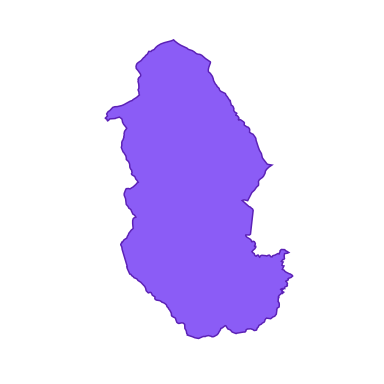 Alexandru Cel Bun, Neamt, Romania (Natural Earth projection), rotated 163°
{"feature_id": "2599482B4388035429906", "entity_name": "Alexandru Cel Bun", "entity_type": "district", "adm_level": 2, "iso_a3": "ROU", "parent_name": "Romania", "parent_adm1": "Neamt", "projection": "natural_earth1", "projection_center": [26.258, 46.915], "detail": "fine", "context": "isolated", "style": "filled", "palette": "violet", "viewbox_px": 384, "rotation_deg": 163, "n_neighbors": 0, "source": "geoboundaries", "source_scale": "gbopen_adm2", "svg_char_len": 6015}
<svg xmlns="http://www.w3.org/2000/svg" viewBox="0 0 384 384"><g transform="rotate(163 192 192)"><path d="M240.8,296.1L243.0,296.1L247.0,293.8L248.4,293.5L249.1,293.1L250.8,291.6L250.6,289.4L253.3,288.0L253.2,287.6L252.3,286.7L252.1,286.3L252.1,285.1L251.9,284.7L250.9,284.9L249.7,285.7L249.0,285.9L243.9,284.7L243.1,284.9L239.5,284.8L237.8,282.5L237.7,281.4L238.0,279.1L237.6,276.8L235.8,272.3L235.8,272.0L238.7,269.8L239.9,267.7L240.1,266.5L241.0,265.0L241.2,264.0L241.7,263.6L242.6,262.2L243.6,261.4L244.6,260.1L245.5,257.1L246.6,255.2L246.2,250.5L245.7,249.6L244.7,245.9L244.9,243.6L245.2,242.9L245.3,242.2L244.0,240.0L243.7,239.1L243.5,237.0L244.2,233.8L244.1,232.7L243.8,231.3L243.3,230.4L243.6,229.7L243.6,228.1L244.6,227.1L244.6,226.7L244.3,225.9L242.5,223.9L242.1,222.9L242.0,220.9L241.1,218.9L240.6,217.0L241.9,216.7L243.3,215.7L246.7,214.1L250.4,213.1L251.9,214.0L253.9,214.4L254.8,213.6L257.0,210.8L257.5,209.9L257.8,208.5L257.5,205.1L258.5,199.3L257.4,196.9L257.1,195.0L256.0,193.7L255.5,192.6L255.5,191.7L255.0,188.1L254.2,187.3L253.7,186.6L253.0,184.4L255.3,184.1L256.0,183.7L256.6,182.8L257.1,182.0L258.0,179.1L258.9,174.5L259.3,174.1L261.1,173.4L264.5,171.0L265.5,169.6L266.7,168.6L267.9,167.0L270.9,166.2L273.5,164.2L273.7,164.5L274.0,164.2L275.4,162.8L275.6,162.3L275.2,160.1L275.6,157.3L275.7,140.5L275.9,139.3L276.2,139.4L276.3,138.1L275.5,131.7L274.6,131.3L274.0,129.5L273.0,128.3L272.5,127.0L270.4,125.3L270.0,124.7L269.5,123.2L267.3,120.6L264.8,115.5L264.5,113.5L264.7,111.0L263.9,109.4L263.3,108.3L261.3,108.3L260.6,107.8L260.3,106.6L260.1,104.9L258.1,102.6L258.7,100.9L258.5,99.9L257.4,98.9L255.1,97.8L254.3,97.3L253.3,96.1L253.0,95.4L251.8,94.6L250.7,93.5L249.5,91.7L249.4,89.6L248.5,88.1L248.6,87.4L247.8,85.4L247.2,82.3L247.4,81.7L247.3,81.4L247.7,80.3L247.6,79.5L247.5,79.1L246.9,78.7L246.6,78.0L245.6,77.2L244.7,76.1L244.8,74.6L244.6,71.8L244.0,70.9L243.0,70.1L240.1,69.9L238.8,69.3L237.7,67.6L238.7,63.6L238.1,61.1L238.4,58.0L237.9,56.8L238.2,56.5L233.8,53.4L231.9,51.8L228.5,50.0L224.2,50.5L223.4,50.5L221.4,49.9L220.6,50.1L218.3,49.9L215.8,48.4L215.5,47.9L214.3,47.4L213.0,47.4L209.8,48.1L208.3,49.0L206.6,50.7L205.0,52.0L204.4,53.1L202.7,53.2L199.4,54.5L198.8,54.2L197.8,50.6L195.6,48.8L194.6,46.4L191.2,43.7L190.5,43.9L183.7,43.0L182.2,42.6L181.0,43.4L180.8,44.2L179.2,44.8L175.8,44.0L173.7,42.4L173.2,41.5L172.5,41.2L170.7,41.1L169.3,42.9L168.0,43.6L167.0,44.9L164.2,45.4L163.3,46.0L161.0,46.5L160.1,47.4L159.6,48.4L158.4,49.3L157.6,49.6L153.8,47.8L151.3,48.8L149.2,49.0L147.1,50.5L145.4,54.2L145.5,54.7L144.9,55.2L144.5,56.0L142.3,56.6L141.5,58.6L141.1,60.4L141.5,61.1L141.4,61.8L141.7,62.2L141.4,62.7L140.7,64.8L139.8,65.6L140.2,66.3L139.6,67.1L139.1,67.1L138.8,67.7L136.9,68.5L135.7,68.9L135.1,68.5L134.7,68.9L133.5,69.4L133.6,69.6L133.8,69.7L134.9,69.3L135.2,69.7L135.2,69.9L134.8,70.0L134.6,70.9L134.9,71.1L135.0,72.4L135.6,72.7L135.7,73.0L134.7,73.2L134.9,72.4L134.6,72.3L134.3,72.8L134.0,72.9L134.1,72.3L133.7,72.2L132.6,72.8L131.7,72.6L131.9,73.1L131.1,73.9L128.4,74.3L128.2,74.5L128.3,75.5L127.7,76.0L127.5,76.4L127.8,78.2L128.4,79.0L128.4,79.3L125.7,79.8L125.5,80.1L125.6,80.8L125.0,81.2L122.3,81.3L120.3,82.2L120.4,82.9L121.9,84.8L122.9,85.4L125.4,87.8L126.4,89.0L126.7,90.2L128.3,91.6L125.7,94.4L126.5,94.8L127.4,95.5L126.7,97.0L125.3,98.4L126.6,99.2L126.9,99.6L124.7,100.9L124.0,100.6L123.0,101.3L122.8,103.2L122.5,103.6L122.5,104.2L121.5,106.0L118.7,105.6L117.1,105.8L118.8,107.8L119.6,108.4L120.2,109.8L123.3,110.9L123.9,110.7L125.0,110.0L125.0,109.5L126.3,108.1L126.6,107.3L126.9,107.3L127.8,108.0L128.2,108.0L131.1,107.4L133.2,107.5L133.8,107.3L134.1,106.7L134.5,106.6L135.7,107.1L136.1,108.5L136.6,109.1L137.8,109.2L139.2,108.9L140.0,109.5L143.5,111.0L144.2,111.1L145.2,110.9L146.1,110.0L146.4,109.9L147.2,112.4L148.0,112.5L149.4,111.9L150.1,112.4L150.6,113.8L150.5,114.9L151.6,116.2L152.1,117.4L150.3,118.6L148.6,119.3L147.1,120.6L146.9,121.5L147.2,121.7L148.0,121.7L148.1,122.1L146.9,123.3L146.5,124.1L146.5,124.5L146.9,126.2L147.5,126.8L148.7,127.1L148.8,126.9L149.5,127.1L149.6,128.9L150.0,129.7L152.8,132.9L153.2,133.8L153.4,134.6L153.0,135.2L149.6,134.1L148.4,134.6L138.9,156.5L139.0,157.8L139.2,158.3L139.8,159.0L140.6,160.5L141.8,161.5L146.5,169.2L144.9,169.3L144.1,169.1L141.3,167.4L134.9,174.0L131.6,175.6L129.0,177.7L126.5,178.9L125.9,180.3L125.4,182.6L124.3,183.8L122.9,184.5L120.5,185.3L119.0,186.2L116.8,188.4L115.6,190.6L114.1,191.8L111.2,193.3L107.7,194.4L111.1,196.1L112.0,196.8L114.3,202.9L114.7,204.3L114.4,208.5L115.3,212.3L115.5,216.0L115.6,222.7L115.3,224.4L115.4,225.4L116.7,229.3L118.4,230.9L119.5,232.3L118.6,234.7L118.6,236.0L119.4,237.6L120.6,238.4L122.4,240.6L122.4,241.2L121.7,242.8L122.0,243.8L124.2,246.6L124.9,247.2L126.2,247.1L126.4,247.4L126.4,248.1L125.8,248.4L125.5,249.1L125.7,250.2L126.5,251.8L127.6,252.6L127.0,253.6L126.2,254.0L126.2,254.3L127.7,255.9L128.3,257.9L127.6,259.3L127.6,260.2L127.7,261.6L128.1,262.6L129.1,263.7L128.9,264.5L129.0,266.0L128.8,266.9L129.1,267.9L128.7,268.4L129.4,269.1L130.4,272.9L131.1,274.3L131.3,276.3L131.6,276.7L135.0,279.9L135.6,280.9L135.8,281.6L135.8,283.2L136.2,284.0L137.2,285.6L137.2,286.6L138.1,288.5L138.8,292.3L138.6,294.0L138.7,296.7L139.7,299.8L140.2,300.8L140.9,301.7L141.1,302.5L140.6,304.3L139.5,306.3L136.6,310.2L136.4,311.1L140.1,315.7L142.7,319.9L144.2,321.3L146.1,322.1L147.4,323.1L148.9,325.4L150.4,327.1L153.8,329.5L154.7,331.0L159.9,335.7L162.1,338.2L164.4,341.5L165.1,342.9L167.5,342.6L174.7,342.9L178.6,342.7L182.2,341.8L184.4,340.8L186.6,339.3L188.9,339.1L190.1,338.4L192.2,339.1L194.3,336.9L196.4,336.1L197.9,334.9L199.0,334.6L202.3,332.5L205.4,331.6L207.0,330.9L207.8,330.1L208.8,328.5L209.2,326.4L208.2,324.2L206.9,320.3L206.8,319.5L206.9,318.6L207.4,317.8L209.5,316.8L210.6,315.6L210.8,314.3L211.3,313.5L211.4,311.0L211.9,308.7L212.5,306.8L213.7,305.5L213.6,303.1L213.7,302.3L214.0,301.4L213.9,300.2L217.5,298.6L221.3,297.6L222.5,297.0L224.7,296.9L231.9,295.4L234.0,295.2L238.5,295.5L240.8,296.1Z" fill="#8b5cf6" stroke="#5b21b6" stroke-width="1.5"/></g></svg>